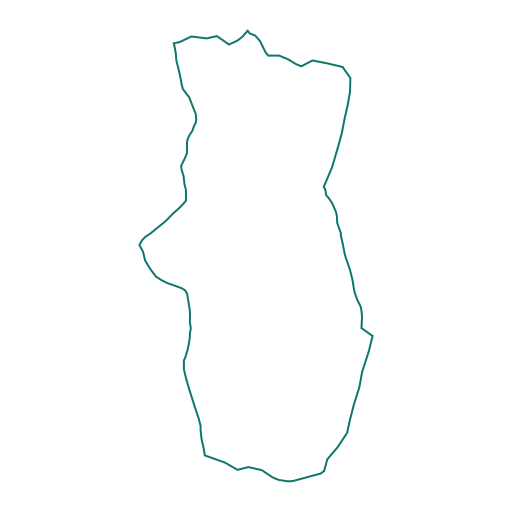 Dzoma, Punakha, Bhutan (Natural Earth projection)
{"feature_id": "84629894B97305398598213", "entity_name": "Dzoma", "entity_type": "district", "adm_level": 2, "iso_a3": "BTN", "parent_name": "Bhutan", "parent_adm1": "Punakha", "projection": "natural_earth1", "projection_center": [89.884, 27.582], "detail": "fine", "context": "isolated", "style": "outline", "palette": "teal", "viewbox_px": 512, "rotation_deg": 0, "n_neighbors": 0, "source": "geoboundaries", "source_scale": "gbopen_adm2", "svg_char_len": 2026}
<svg xmlns="http://www.w3.org/2000/svg" viewBox="0 0 512 512"><path d="M139.4,244.9L143.1,252.0L145.2,260.7L150.1,268.7L155.8,276.5L161.7,280.3L167.4,283.1L174.6,285.6L181.9,288.3L185.3,290.5L187.1,293.9L188.5,302.2L189.7,309.6L190.0,314.9L189.9,322.3L190.8,328.2L190.0,332.9L189.7,338.4L188.7,344.7L187.5,350.1L185.4,357.1L183.9,360.5L183.9,369.3L186.0,378.1L188.6,387.3L191.4,396.2L195.3,408.4L198.6,418.2L200.6,425.9L200.6,430.5L201.6,439.4L203.4,447.0L204.8,455.4L224.9,462.6L237.5,469.8L248.4,467.1L261.9,470.2L272.0,477.0L275.3,478.6L279.2,480.0L285.1,480.9L287.2,481.2L290.8,481.3L294.2,480.7L316.3,474.7L320.5,473.6L324.1,471.0L327.3,459.3L337.7,447.1L347.1,432.8L350.0,419.6L353.7,405.3L359.4,387.0L362.2,371.7L368.8,351.3L372.6,336.0L370.7,334.7L361.4,328.0L361.6,325.9L361.9,320.1L362.0,316.7L361.7,313.1L361.4,310.5L360.8,307.1L360.0,305.2L357.4,300.2L356.7,298.2L355.3,294.4L354.4,291.3L353.7,287.6L353.3,284.9L353.0,282.7L352.1,278.3L350.2,270.7L348.4,265.2L347.3,262.0L346.0,258.4L344.7,253.9L342.8,244.0L340.9,235.8L340.9,233.2L337.2,222.8L336.9,216.2L335.9,211.7L334.8,209.2L332.1,203.1L328.7,198.0L326.2,195.3L325.6,190.9L324.9,188.7L323.8,186.8L332.0,167.5L338.4,145.7L341.9,132.7L344.7,118.2L347.6,105.6L350.0,91.8L350.4,78.0L347.1,73.4L342.6,67.0L328.0,63.5L312.4,60.5L301.3,66.3L295.9,64.1L288.1,59.3L279.1,55.6L268.2,55.6L265.5,52.2L259.9,40.9L255.1,35.5L249.7,33.4L247.7,30.7L242.1,37.0L237.3,40.7L229.0,44.5L216.9,36.1L206.6,38.4L191.4,36.5L180.0,41.9L173.8,43.4L174.4,45.9L175.7,52.6L176.4,60.6L177.8,66.1L180.1,75.9L181.6,83.9L182.8,88.9L186.8,94.3L189.2,97.2L191.9,104.3L193.7,108.8L195.7,113.9L196.2,118.4L196.0,122.0L193.7,126.8L192.3,131.0L190.0,134.3L187.9,138.3L187.0,142.1L187.0,148.3L187.0,152.8L185.6,156.6L183.8,160.5L182.0,163.9L181.1,166.2L181.5,169.3L183.6,176.2L184.5,184.4L185.8,189.2L186.0,193.9L186.0,198.3L186.0,200.5L183.8,203.3L179.2,208.1L173.1,213.5L165.7,221.0L157.3,227.9L150.2,233.6L145.6,236.7L142.2,240.1L139.4,244.9Z" fill="none" stroke="#0f766e" stroke-width="2"/></svg>